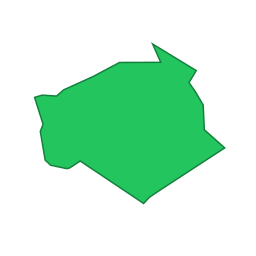 Franklin, Kentucky, United States of America (Mercator projection), rotated 60°
{"feature_id": "52423323B23030090649603", "entity_name": "Franklin", "entity_type": "district", "adm_level": 2, "iso_a3": "USA", "parent_name": "United States of America", "parent_adm1": "Kentucky", "projection": "mercator", "projection_center": [-84.902, 38.234], "detail": "fine", "context": "isolated", "style": "filled", "palette": "green", "viewbox_px": 256, "rotation_deg": 60, "n_neighbors": 0, "source": "geoboundaries", "source_scale": "gbopen_adm2", "svg_char_len": 450}
<svg xmlns="http://www.w3.org/2000/svg" viewBox="0 0 256 256"><g transform="rotate(60 128 128)"><path d="M67.6,64.7L87.5,66.8L67.0,102.6L65.9,133.1L62.8,164.5L64.6,173.9L56.6,185.9L54.8,193.6L82.4,199.7L87.0,205.6L114.4,215.8L121.6,213.6L132.7,201.2L133.4,198.6L132.7,185.9L201.2,152.2L198.7,144.2L197.7,129.9L193.6,54.2L167.7,62.8L145.7,51.4L129.9,51.5L119.2,52.5L112.4,40.2L67.6,64.7Z" fill="#22c55e" stroke="#15803d" stroke-width="1.5"/></g></svg>